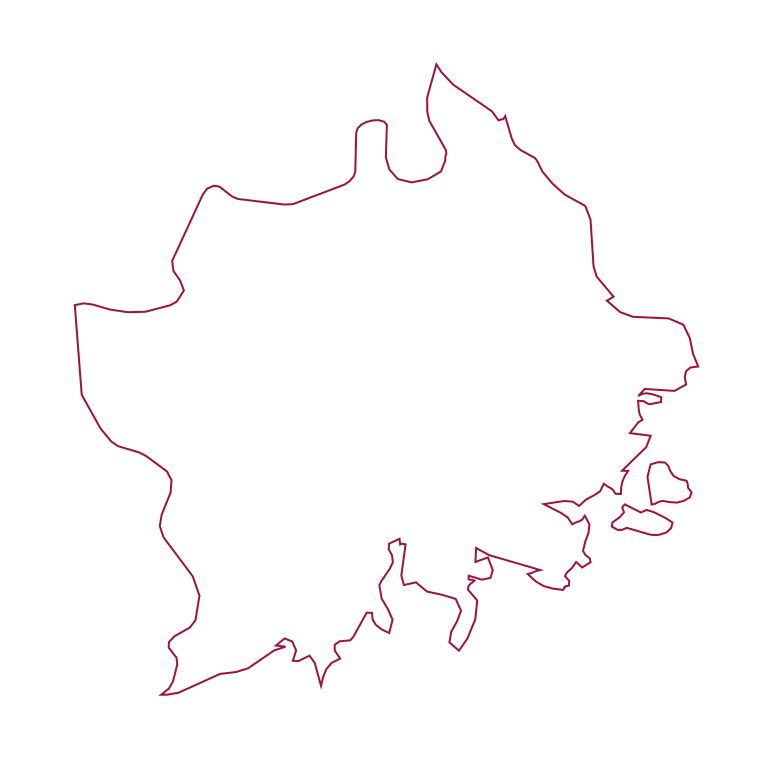 Olbia-Tempio, Natural Earth projection, rotated 93°
{"feature_id": "ITA-5375", "entity_name": "Olbia-Tempio", "entity_type": "Province", "adm_level": 1, "iso_a3": "ITA", "parent_name": "Italy", "parent_adm1": "", "projection": "natural_earth1", "projection_center": [9.374, 40.9], "detail": "fine", "context": "isolated", "style": "outline", "palette": "rose", "viewbox_px": 768, "rotation_deg": 93, "n_neighbors": 0, "source": "natural_earth", "source_scale": "10m", "svg_char_len": 3590}
<svg xmlns="http://www.w3.org/2000/svg" viewBox="0 0 768 768"><g transform="rotate(93 384 384)"><path d="M62.0,348.4L69.8,342.8L81.5,330.5L106.1,290.4L114.8,283.4L113.4,280.1L113.4,279.1L112.9,278.6L110.1,277.0L132.1,269.3L138.7,265.7L143.3,259.8L150.6,244.7L154.9,241.7L163.4,237.1L175.1,226.2L185.4,213.5L195.6,192.4L208.8,186.4L255.6,180.9L265.7,177.2L284.8,159.3L289.1,165.8L299.9,151.9L303.9,138.7L303.6,103.2L309.2,88.1L322.2,81.0L337.6,77.0L350.1,71.1L351.5,78.9L355.3,83.0L361.2,84.0L368.7,82.3L375.7,93.5L375.3,123.4L382.7,129.4L380.2,125.5L379.5,120.7L380.4,114.4L382.7,106.4L387.5,106.4L390.3,117.6L389.6,120.1L387.5,124.0L387.5,129.4L397.3,128.1L401.3,126.9L406.2,124.0L409.0,128.1L420.2,135.8L421.7,115.0L433.3,118.8L458.1,141.7L458.1,135.8L463.9,139.0L468.9,140.8L474.6,141.7L481.5,141.7L481.5,147.1L477.8,149.7L476.0,152.5L474.5,155.6L472.1,159.3L480.0,162.6L484.4,168.8L488.7,176.1L495.6,182.8L491.6,189.3L491.4,198.0L495.6,218.2L503.3,200.9L507.6,193.6L514.2,188.7L512.0,184.8L510.8,181.6L509.0,178.9L505.0,176.5L513.5,171.5L522.0,172.0L530.9,174.8L540.3,176.5L544.3,173.8L547.4,169.3L551.2,168.4L556.9,176.5L551.7,182.8L558.3,187.0L562.7,191.5L566.4,193.2L570.9,188.7L575.6,188.7L576.7,192.5L577.1,193.1L578.0,192.9L580.3,194.6L579.4,205.1L577.5,213.7L573.5,221.7L566.3,230.5L564.8,226.3L562.8,222.2L561.6,218.2L549.4,270.1L543.0,283.4L556.9,283.4L551.8,271.1L564.4,265.6L572.0,267.6L574.3,275.8L571.0,289.3L574.5,289.3L575.0,287.9L574.8,285.7L575.7,283.4L579.9,288.0L581.9,289.2L585.1,289.3L595.3,279.6L614.2,280.5L633.8,287.4L646.4,295.2L638.6,305.1L628.2,304.0L616.9,298.5L606.4,295.2L594.9,301.1L591.5,314.7L589.0,330.2L580.4,341.7L583.7,353.6L574.3,356.7L543.0,354.0L542.6,358.3L543.4,359.5L537.8,360.4L543.1,370.5L548.6,370.7L554.7,367.0L561.7,365.8L568.7,368.8L581.0,376.4L585.1,378.1L598.5,375.1L608.8,368.2L619.0,363.1L632.4,365.8L629.1,373.7L625.1,379.4L619.9,383.0L613.2,384.0L613.2,389.3L637.9,401.3L641.8,404.3L643.2,414.7L647.0,419.6L652.8,419.2L660.6,413.4L665.2,421.7L671.8,426.7L679.7,429.4L688.7,431.1L666.1,438.6L659.2,444.2L665.2,455.1L665.2,460.5L654.7,457.8L646.0,462.1L643.3,469.9L650.8,478.2L651.5,468.6L655.7,479.6L675.0,504.8L679.4,516.8L682.1,532.6L703.0,572.9L705.6,584.3L706.0,590.3L699.4,582.9L692.0,579.1L674.9,575.8L668.2,576.9L658.5,585.2L653.0,585.3L646.8,579.9L637.2,564.9L629.7,559.9L605.1,557.2L586.1,564.9L548.7,596.1L537.5,600.5L526.2,599.2L503.5,591.4L491.2,591.2L482.7,596.1L468.6,617.4L465.2,624.7L460.0,646.3L455.8,653.2L443.5,664.6L410.6,685.3L321.4,696.9L319.2,688.2L319.8,679.5L324.0,661.4L325.7,643.8L324.4,626.2L316.5,601.5L312.6,595.3L301.1,588.7L291.3,593.0L282.1,600.2L272.2,602.0L204.4,574.9L198.2,570.9L194.9,564.3L195.5,558.7L204.7,545.5L206.9,539.5L210.0,493.0L209.2,484.5L186.9,433.8L183.1,428.9L178.6,425.4L173.5,423.8L134.4,424.9L130.0,423.6L126.1,420.2L123.2,415.1L121.4,409.1L120.8,403.1L122.1,397.5L125.0,394.7L157.7,394.0L169.6,389.8L178.6,381.0L181.2,367.0L177.2,350.9L168.7,338.2L157.5,334.5L153.2,334.6L150.7,333.8L147.3,334.4L118.6,352.6L110.0,355.0L95.8,355.9L62.0,348.4ZM487.4,103.7L489.6,107.3L490.4,110.4L462.9,116.0L450.4,113.6L447.7,106.2L447.7,99.3L450.8,95.9L455.8,93.6L460.6,90.0L463.6,84.0L464.8,76.8L467.7,75.5L471.6,75.0L475.9,71.3L481.2,72.6L485.0,78.5L487.1,85.2L487.0,92.5L486.1,99.8L487.4,103.7ZM517.4,94.0L519.9,100.6L520.7,104.2L520.5,110.5L514.9,134.0L517.2,138.6L517.5,143.0L514.4,149.1L510.3,148.6L504.8,141.8L499.6,137.6L494.7,139.7L491.6,137.2L498.9,120.7L496.0,115.2L498.0,107.5L503.1,95.8L507.3,88.6L512.8,89.7L517.4,94.0Z" fill="none" stroke="#9f1239" stroke-width="2"/></g></svg>